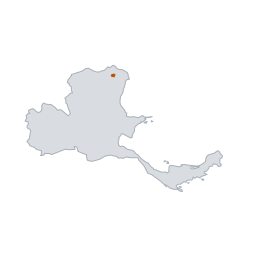 Lao Suea Kok, Ubon Ratchathani, Thailand (highlighted), rotated 289°
{"feature_id": "78962969B14407217279101", "entity_name": "Lao Suea Kok", "entity_type": "district", "adm_level": 2, "iso_a3": "THA", "parent_name": "Thailand", "parent_adm1": "Ubon Ratchathani", "projection": "mercator", "projection_center": [104.892, 15.444], "detail": "fine", "context": "in_parent", "style": "filled", "palette": "amber", "viewbox_px": 256, "rotation_deg": 289, "n_neighbors": 0, "source": "geoboundaries", "source_scale": "gbopen_adm2", "svg_char_len": 4226}
<svg xmlns="http://www.w3.org/2000/svg" viewBox="0 0 256 256"><g transform="rotate(289 128 128)"><path d="M109.7,29.1L110.0,30.2L111.0,28.8L112.3,28.2L115.0,31.1L115.3,32.4L113.4,37.0L113.7,38.6L114.9,39.9L116.4,40.6L117.9,40.4L120.9,39.1L124.1,39.9L123.9,43.0L125.1,47.9L123.5,52.9L121.9,55.4L123.1,57.5L123.2,59.5L120.1,67.2L120.7,67.8L122.7,68.7L123.5,68.4L126.8,65.4L130.4,63.0L131.5,61.0L133.8,60.4L135.8,58.6L140.5,61.7L141.8,62.0L142.4,62.5L142.6,63.8L143.2,64.0L145.1,62.2L148.4,61.1L149.6,58.4L151.1,57.6L151.0,56.3L151.5,55.8L154.1,55.7L158.1,57.1L159.5,57.4L160.2,57.1L166.5,65.7L170.6,68.9L171.6,71.2L170.7,76.9L170.8,80.2L171.7,82.7L173.4,84.4L174.7,86.9L179.4,89.2L179.0,89.9L179.3,91.4L182.2,93.2L182.5,93.8L182.2,96.1L180.8,97.8L180.5,99.2L180.5,101.0L181.3,103.7L180.3,109.1L178.6,110.7L176.3,111.8L175.0,113.3L174.1,112.9L173.6,111.4L171.1,110.5L166.3,111.3L163.9,111.0L160.6,111.5L157.5,111.3L155.6,110.6L150.3,111.8L148.1,112.9L146.5,114.5L144.1,118.5L141.7,121.0L141.7,122.0L138.7,122.6L138.9,126.0L140.6,129.7L141.1,134.4L144.5,137.7L143.8,140.0L144.2,142.2L146.8,147.4L144.9,144.9L144.6,143.3L142.3,140.7L141.6,142.0L139.0,140.0L137.9,138.1L137.5,139.0L134.9,136.2L132.3,134.8L130.8,134.1L127.2,135.1L122.5,134.3L120.7,135.0L120.0,134.6L119.5,133.8L120.8,124.1L116.8,122.9L116.1,122.2L115.2,123.0L111.2,123.4L108.4,125.1L108.0,126.6L109.3,129.3L107.7,134.1L108.2,138.6L108.0,141.1L106.0,144.3L105.5,146.8L103.2,150.7L101.7,155.5L101.4,158.4L98.7,162.7L98.1,165.1L97.1,166.0L97.5,167.9L97.1,173.8L98.7,178.1L98.3,180.1L100.1,180.8L104.5,179.5L106.0,179.8L106.9,182.1L108.0,189.1L109.8,191.3L110.3,190.2L111.1,191.3L111.8,193.4L114.1,204.4L115.3,207.3L113.9,206.6L113.1,203.1L111.9,203.0L112.3,200.8L111.5,200.0L110.2,200.6L110.2,202.3L113.7,207.8L115.9,207.9L118.6,210.4L121.5,212.1L125.3,211.5L127.9,212.1L129.4,213.5L131.8,217.3L135.8,220.3L135.2,222.3L133.7,223.8L132.8,225.9L131.7,226.5L130.3,226.5L128.6,224.8L124.7,226.3L123.8,227.9L122.8,228.4L121.1,226.6L121.2,225.6L122.3,224.1L122.0,220.3L119.6,220.3L118.1,217.5L117.6,217.2L116.4,217.6L112.7,216.3L111.6,214.5L110.5,214.6L109.7,217.7L106.4,213.6L104.1,211.9L104.4,208.9L102.9,208.2L102.2,207.4L102.8,205.6L100.7,205.8L99.7,205.3L98.4,202.1L97.4,200.7L96.0,200.7L95.5,200.1L95.6,198.5L92.2,196.2L91.0,193.6L89.4,192.4L88.3,192.8L87.3,194.6L86.5,194.5L85.8,194.0L84.9,191.3L84.9,186.8L86.1,184.1L86.7,179.8L88.3,176.2L91.6,165.6L91.7,161.4L97.4,155.5L101.2,148.6L102.5,147.6L103.0,146.4L101.0,140.9L100.1,137.0L100.3,136.0L97.8,133.4L97.2,130.4L96.6,129.5L96.4,128.5L97.3,126.8L96.7,120.2L94.1,115.7L89.3,111.5L85.0,105.3L84.4,103.1L84.3,100.0L87.7,97.9L89.1,97.7L89.6,88.4L92.5,86.6L93.2,85.8L93.5,84.2L92.8,83.3L90.8,84.9L90.5,84.5L88.1,79.0L87.5,75.6L77.9,64.3L78.3,62.4L76.9,57.5L75.5,57.4L74.5,56.5L73.5,54.3L75.4,54.6L78.4,53.3L77.9,48.5L79.2,45.8L79.3,41.2L81.6,38.5L82.0,37.1L83.2,36.9L84.9,37.9L86.7,38.0L93.8,36.8L94.8,35.5L95.2,33.0L95.9,32.2L97.5,32.0L99.4,32.5L101.3,31.5L101.0,28.5L104.4,29.0L106.7,27.6L109.7,29.1ZM87.5,195.8L87.0,199.3L85.7,200.0L85.2,198.0L86.0,194.8L86.4,195.5L87.5,195.8ZM109.1,175.8L108.8,177.5L107.6,178.0L107.3,176.2L109.1,175.8ZM138.7,141.5L140.2,143.9L138.5,143.7L138.2,141.4L138.7,141.5ZM103.7,216.6L102.9,215.6L103.6,214.1L104.2,216.0L103.7,216.6ZM89.7,196.2L89.4,198.1L88.7,195.5L89.7,196.2ZM109.1,174.3L108.5,174.1L107.9,173.0L108.7,173.1L109.1,174.3ZM95.5,201.8L96.3,204.0L95.4,203.0L95.5,201.8ZM142.5,147.8L142.3,149.2L141.5,148.6L142.0,147.6L142.5,147.8ZM85.9,182.6L85.1,183.1L85.7,181.8L85.9,182.6Z" fill="#d9dde1" stroke="#a8b0b8" stroke-width="1"/><path d="M173.3,96.1L173.2,96.0L173.2,95.9L172.9,95.8L172.9,95.7L172.8,95.4L172.7,95.4L172.4,95.4L172.2,95.4L172.0,95.5L172.0,95.8L172.1,96.0L172.1,96.3L171.9,96.4L171.9,96.5L171.9,96.8L172.0,96.9L172.0,97.0L172.0,97.3L172.1,97.5L172.3,97.5L172.5,97.7L172.6,97.8L172.8,97.8L172.7,97.9L172.8,97.9L173.0,97.9L172.9,97.9L173.0,97.9L173.0,98.0L173.3,98.1L173.2,98.1L173.3,98.1L173.2,98.0L173.3,98.0L173.2,98.0L173.2,97.9L173.3,97.8L173.3,97.7L173.5,97.5L173.5,97.4L173.7,97.2L173.8,97.2L173.9,97.3L174.0,97.3L174.1,97.2L174.1,96.9L173.8,96.7L173.7,96.6L173.5,96.4L173.4,96.2L173.3,96.1Z" fill="#f59e0b" stroke="#b45309" stroke-width="1.5"/></g></svg>